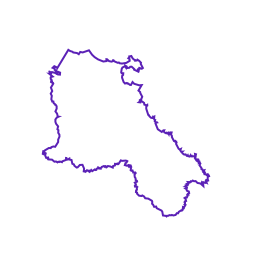 outline of Shoalhaven, New South Wales, Australia, rotated 292°
{"feature_id": "25037944B24149747688554", "entity_name": "Shoalhaven", "entity_type": "district", "adm_level": 2, "iso_a3": "AUS", "parent_name": "Australia", "parent_adm1": "New South Wales", "projection": "robinson", "projection_center": [150.375, -35.142], "detail": "fine", "context": "isolated", "style": "outline", "palette": "violet", "viewbox_px": 256, "rotation_deg": 292, "n_neighbors": 0, "source": "geoboundaries", "source_scale": "gbopen_adm2", "svg_char_len": 5819}
<svg xmlns="http://www.w3.org/2000/svg" viewBox="0 0 256 256"><g transform="rotate(292 128 128)"><path d="M110.6,220.9L113.0,220.2L113.7,221.2L114.3,220.7L114.9,219.2L114.6,218.6L113.8,218.6L114.2,217.1L113.8,216.2L115.0,215.2L115.6,215.8L115.9,215.4L115.6,214.4L117.4,214.5L116.5,213.2L117.5,212.5L117.5,211.4L118.4,211.1L120.3,208.2L122.2,208.4L122.6,207.8L122.0,206.9L123.8,206.7L123.9,206.1L123.0,205.5L123.5,203.6L124.0,203.0L124.6,203.3L124.3,202.5L125.2,201.2L126.2,201.0L126.3,201.5L126.8,201.4L127.0,200.5L125.6,198.0L126.1,197.6L125.5,196.7L126.1,196.2L124.6,195.9L124.4,194.3L125.1,193.7L124.4,193.5L124.2,192.9L125.1,191.3L124.4,190.1L124.9,188.1L125.8,186.9L126.4,187.2L125.9,186.2L126.8,184.9L128.3,184.8L127.4,184.0L127.8,182.6L131.3,178.5L132.8,178.4L132.9,177.7L133.4,177.6L133.1,176.7L133.7,176.4L133.2,175.4L136.1,172.0L137.0,171.8L138.1,170.3L140.2,170.1L139.9,169.2L138.2,168.9L138.1,168.1L137.5,168.2L138.0,167.6L139.1,167.6L139.0,167.1L137.6,166.4L138.0,165.4L137.4,165.0L137.6,163.3L138.4,162.3L139.4,162.4L139.1,161.7L137.0,160.8L138.0,156.1L142.5,151.8L143.4,152.1L144.2,150.3L145.6,150.2L145.6,149.4L146.2,148.8L148.4,148.1L147.9,147.7L147.9,147.0L146.5,147.2L146.1,145.6L146.9,143.4L147.7,142.7L147.7,141.9L152.7,137.7L155.0,136.8L156.0,137.5L156.6,137.2L156.0,136.8L155.8,134.4L157.3,133.5L158.0,130.6L157.5,130.0L156.4,130.0L156.0,128.5L156.9,129.0L158.3,128.5L159.1,129.2L159.3,128.7L159.3,129.4L162.3,129.5L165.0,126.3L165.9,125.8L166.6,123.7L172.9,124.6L171.8,122.4L171.3,117.2L172.3,115.0L169.0,114.6L168.7,113.8L169.4,110.9L168.9,110.6L169.1,109.6L168.1,108.6L169.0,106.7L172.5,103.6L174.0,103.1L175.3,103.0L174.8,103.3L175.3,103.6L177.0,103.1L176.5,101.5L177.1,100.8L180.6,100.0L182.0,100.2L184.2,102.0L183.8,102.6L184.8,102.1L184.5,103.8L183.1,104.5L184.4,106.7L185.6,107.1L186.2,108.4L185.0,111.7L184.4,111.8L184.1,116.5L184.6,116.4L184.5,117.2L185.3,116.1L185.3,115.3L186.1,115.2L186.4,116.1L187.2,116.0L187.0,116.4L187.5,116.9L188.0,116.7L188.1,118.6L189.2,119.3L192.2,115.8L193.4,115.6L194.5,113.1L194.9,111.1L193.9,110.9L193.1,109.4L193.7,109.1L193.7,107.7L194.4,106.1L196.0,104.1L194.9,102.5L194.6,102.9L192.8,102.2L192.5,103.6L190.9,104.4L187.7,102.0L185.5,98.3L184.9,95.9L185.3,95.0L184.6,94.0L184.7,90.5L185.3,89.1L186.0,88.6L184.3,88.9L183.4,87.9L182.9,85.4L183.9,82.8L183.7,82.2L182.0,83.0L180.4,80.2L180.4,74.5L181.2,70.5L182.5,67.2L185.4,62.7L181.1,57.7L180.6,55.2L178.0,54.7L178.4,52.6L177.5,48.9L177.9,48.0L177.7,45.4L178.1,43.4L157.0,40.0L157.5,39.7L157.7,36.5L155.6,35.6L155.6,37.7L154.4,38.3L154.4,39.3L153.4,39.8L153.9,41.6L153.9,44.3L152.0,44.9L151.4,43.0L152.2,42.1L150.7,42.3L151.2,42.1L151.8,40.3L151.4,36.6L150.4,35.0L150.8,34.5L150.8,34.0L150.7,34.0L149.5,35.3L149.8,36.3L149.0,36.2L148.7,35.0L147.5,38.9L146.3,37.4L145.6,37.4L144.4,38.1L144.2,38.9L141.8,39.4L141.7,40.0L142.3,40.4L141.6,40.8L141.7,41.6L141.2,42.1L136.6,41.4L133.9,43.9L130.9,43.5L129.3,45.3L126.0,46.1L124.1,47.9L124.6,48.9L123.1,49.9L122.7,51.6L122.2,51.9L122.3,52.5L121.4,53.7L119.2,54.6L116.2,54.5L114.7,56.9L112.3,58.6L112.5,59.4L111.1,58.1L108.7,57.5L106.5,58.4L105.0,59.7L103.3,62.6L100.4,63.0L99.9,64.3L97.4,65.1L96.1,66.9L94.3,67.7L91.1,67.6L88.8,68.5L83.3,67.5L82.9,65.7L81.5,64.1L80.4,63.9L79.8,62.1L76.1,59.3L75.2,59.2L74.8,58.1L72.1,58.7L72.0,59.3L73.8,60.1L73.7,61.2L71.6,61.4L69.7,63.3L70.7,65.0L70.1,65.4L69.4,65.1L69.0,65.8L70.2,69.4L69.2,72.4L70.0,73.8L69.7,75.5L70.6,76.0L70.7,77.0L71.4,77.4L71.6,79.6L72.5,79.6L75.2,82.5L77.0,81.8L77.1,82.2L76.0,83.3L76.1,83.9L77.7,85.1L76.8,85.6L77.2,87.6L74.0,89.8L74.0,91.4L72.9,92.5L72.1,95.2L72.6,96.0L75.7,97.2L76.8,99.6L73.9,102.5L71.2,103.2L71.3,104.0L71.9,104.4L71.6,105.1L73.5,105.8L73.0,108.5L73.9,108.3L73.8,109.2L75.3,109.6L74.6,111.0L77.1,112.7L76.8,113.5L77.3,114.3L78.5,114.2L79.4,115.2L80.3,115.1L80.2,116.1L79.6,116.4L80.0,117.7L80.4,117.4L81.2,118.2L82.0,118.2L83.6,119.8L83.3,121.0L84.0,120.9L84.3,121.5L83.6,122.9L85.2,123.6L85.7,126.0L85.6,128.7L87.1,128.4L88.4,129.9L89.9,129.4L90.3,130.9L90.8,131.2L90.4,131.6L90.9,132.6L95.3,133.5L95.3,134.8L96.9,138.0L97.1,139.2L97.0,139.8L95.2,139.5L94.4,138.8L92.5,139.0L92.8,139.7L92.4,140.5L93.2,141.8L92.7,142.8L93.9,142.6L94.3,144.5L93.3,145.4L92.7,144.6L91.9,145.8L89.8,146.3L89.6,147.2L90.3,148.1L88.6,149.6L89.5,151.4L89.1,152.0L87.2,151.5L85.0,152.7L84.3,153.8L82.5,154.7L82.4,156.0L81.7,156.5L79.9,154.8L78.8,156.4L76.9,156.0L76.3,156.5L77.1,157.8L76.8,158.7L76.0,158.5L74.1,159.4L73.2,158.9L71.5,159.4L71.5,160.6L70.5,161.0L69.4,163.6L70.0,166.0L70.8,166.5L70.5,168.6L69.3,170.3L70.1,173.2L69.5,177.4L68.6,178.2L66.8,178.7L66.3,180.0L64.7,181.8L65.7,183.5L64.4,184.7L64.0,190.0L63.3,191.1L60.0,193.2L60.7,196.0L60.5,196.8L61.1,196.9L61.7,198.2L62.7,199.0L63.2,200.7L63.8,201.2L63.9,202.8L65.2,204.7L67.3,205.2L67.7,206.4L69.3,206.5L71.6,208.2L71.5,208.8L72.2,209.3L74.1,208.9L74.0,209.6L74.3,209.8L75.5,208.8L75.7,209.7L78.2,210.1L78.3,209.1L79.0,209.3L80.4,208.7L80.5,208.2L81.2,208.2L82.1,209.2L83.9,207.9L84.3,206.7L84.9,207.1L84.7,207.8L85.5,207.9L85.7,208.6L87.1,208.7L88.0,208.0L88.7,209.0L89.5,208.2L90.5,209.1L91.9,208.2L91.9,206.1L93.3,205.0L93.4,204.3L94.0,205.1L94.5,205.0L94.3,204.5L95.3,203.7L95.2,203.1L96.6,204.3L96.8,203.3L98.0,204.5L98.4,203.5L100.1,205.2L100.5,204.2L101.1,205.9L102.0,206.1L101.9,206.7L103.5,207.7L103.4,209.2L104.1,210.6L103.1,213.0L103.7,216.0L102.4,219.6L103.9,218.8L104.0,217.9L105.0,217.6L104.5,217.1L105.6,216.9L105.4,218.2L106.0,218.3L106.3,219.7L106.0,219.9L106.2,220.6L106.9,220.7L106.8,221.3L108.5,219.8L109.8,220.2L108.0,220.5L109.3,222.0L110.6,220.9ZM127.8,201.1L129.1,200.9L129.0,199.9L127.6,200.7L127.8,201.1ZM143.6,152.2L144.0,152.8L144.1,152.6L143.6,152.2ZM115.7,219.9L115.2,219.3L115.7,219.9ZM124.0,205.0L124.3,205.3L124.6,205.2L124.4,204.9L124.0,205.0Z" fill="none" stroke="#5b21b6" stroke-width="2"/></g></svg>